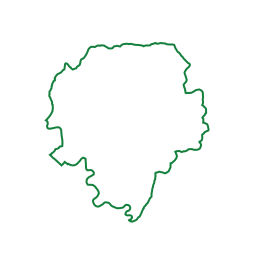 Alma, Sibiu, Romania (orthographic projection), rotated 69°
{"feature_id": "2599482B74056506613353", "entity_name": "Alma", "entity_type": "district", "adm_level": 2, "iso_a3": "ROU", "parent_name": "Romania", "parent_adm1": "Sibiu", "projection": "orthographic", "projection_center": [24.465, 46.229], "detail": "fine", "context": "isolated", "style": "outline", "palette": "green", "viewbox_px": 256, "rotation_deg": 69, "n_neighbors": 0, "source": "geoboundaries", "source_scale": "gbopen_adm2", "svg_char_len": 5783}
<svg xmlns="http://www.w3.org/2000/svg" viewBox="0 0 256 256"><g transform="rotate(69 128 128)"><path d="M100.7,201.2L101.3,197.9L101.7,194.8L102.3,193.0L102.7,192.2L103.3,191.7L104.7,191.2L105.8,191.1L112.1,192.9L114.9,193.4L118.1,194.4L121.3,195.8L121.3,196.8L120.9,197.8L120.9,198.4L121.7,199.7L122.0,200.6L122.0,202.1L121.8,203.1L121.8,203.4L121.9,203.7L122.6,204.1L123.1,204.8L123.9,206.5L124.1,207.4L124.4,208.6L124.9,208.9L124.9,209.9L125.1,210.5L127.5,209.3L128.4,209.0L129.4,208.5L129.7,208.1L139.1,203.4L138.8,202.9L138.3,201.4L137.0,199.2L140.2,197.3L140.0,196.6L141.9,194.9L143.1,193.0L143.6,191.3L143.5,189.9L143.3,188.6L141.5,184.8L140.0,182.5L139.7,181.1L139.7,180.3L141.2,178.9L141.7,178.6L142.8,179.2L143.9,179.4L149.7,181.3L150.9,181.6L152.0,181.6L152.8,181.1L153.2,180.4L153.8,178.0L154.1,177.5L155.0,176.6L156.4,176.1L157.1,175.9L158.6,176.3L159.1,176.8L159.6,179.4L159.9,182.0L160.5,183.7L161.3,184.8L162.6,185.7L164.0,186.2L165.2,186.2L166.6,185.8L167.8,182.8L168.1,182.1L168.9,181.0L169.8,180.4L171.2,179.6L173.7,179.0L174.2,178.7L175.7,178.4L177.1,178.3L178.7,178.7L180.3,180.4L181.2,181.8L181.6,183.1L182.1,185.1L182.4,185.9L183.0,186.5L183.5,186.8L185.2,187.1L186.0,187.1L187.7,186.8L189.0,186.2L189.5,185.8L190.3,184.8L190.8,183.5L190.6,181.4L190.1,178.8L189.2,176.7L189.2,176.0L189.8,174.5L190.7,173.3L191.2,172.7L191.6,172.4L194.5,171.4L195.8,170.4L196.4,169.7L198.2,167.9L199.2,166.5L199.9,164.1L200.3,162.3L200.4,161.4L200.2,160.4L199.2,158.3L199.0,157.7L199.1,157.1L199.9,155.6L200.8,154.8L201.6,154.4L203.3,154.5L203.9,154.8L204.6,155.4L205.1,156.1L205.4,156.9L205.3,158.5L205.5,159.4L207.0,161.0L207.8,161.3L208.0,161.3L208.6,160.8L209.4,159.9L210.0,157.7L210.4,157.1L211.2,156.3L211.8,156.1L212.7,156.2L213.0,156.3L213.6,156.9L214.2,157.8L214.4,160.1L214.6,160.1L214.9,159.7L215.3,159.4L215.9,159.3L216.2,158.3L216.8,157.9L216.9,157.7L217.0,157.5L216.9,154.0L216.7,153.3L216.5,152.5L215.3,150.7L215.0,149.9L215.0,149.1L214.8,148.9L214.1,148.0L213.6,147.4L212.9,146.9L212.2,145.9L211.0,145.0L210.1,143.9L209.2,143.2L208.8,142.7L208.7,142.1L208.0,141.8L207.5,141.3L206.6,139.2L206.0,138.8L205.2,136.7L204.3,135.6L203.5,134.9L203.2,134.4L201.9,133.2L201.3,132.4L201.1,131.9L200.8,130.9L200.4,130.6L197.8,129.6L195.1,127.9L193.6,127.2L192.1,125.9L190.5,125.0L188.1,122.8L186.7,122.3L185.5,120.9L184.4,120.6L183.5,119.9L182.4,119.4L180.5,118.9L179.8,118.4L179.7,118.0L179.9,117.2L180.0,115.0L180.1,114.2L181.4,112.5L182.0,111.4L183.3,110.1L183.6,109.5L183.6,108.6L183.6,108.0L183.2,107.2L183.1,105.8L182.6,105.1L179.9,102.4L176.2,100.9L176.3,99.4L175.4,97.0L174.9,95.8L173.4,93.6L172.2,92.7L171.6,92.3L167.1,92.3L167.1,91.0L167.3,90.6L167.3,90.0L167.5,89.5L167.8,88.7L167.9,88.2L168.1,87.9L168.8,87.5L169.2,87.0L169.6,86.5L169.7,86.3L169.7,84.2L170.1,83.6L170.2,82.2L170.1,80.6L169.7,79.8L169.6,79.3L169.7,78.4L170.7,75.7L171.8,74.5L172.2,73.9L173.2,70.8L173.1,69.1L172.9,68.4L172.7,68.0L171.3,66.7L170.4,66.1L169.3,65.8L168.4,65.8L167.2,66.3L166.4,66.2L166.2,64.3L165.8,63.6L165.1,62.9L163.7,62.1L161.3,61.4L160.8,61.1L160.2,59.0L159.4,58.1L159.2,55.9L159.2,54.5L159.0,53.8L158.9,53.7L158.2,53.3L157.2,53.1L154.6,52.7L153.1,52.7L152.6,52.9L152.3,53.3L150.7,54.7L150.3,55.2L150.0,55.9L148.1,55.0L146.4,54.4L145.7,54.8L144.8,54.7L144.5,54.1L143.7,52.6L143.5,51.8L143.3,51.5L142.2,50.6L142.0,50.3L142.0,49.7L141.8,49.6L138.4,48.4L137.6,48.4L136.9,48.6L134.3,49.8L133.2,50.5L132.1,49.4L131.5,49.0L129.8,48.4L128.2,48.1L126.3,46.9L124.1,46.3L123.2,45.9L122.7,45.8L122.0,45.5L121.1,45.5L120.0,45.7L119.4,46.0L117.8,47.4L117.5,47.8L117.3,48.8L117.0,51.0L117.1,51.7L117.7,54.5L117.8,56.3L117.5,57.2L117.4,58.3L116.7,59.3L116.5,60.6L116.1,61.3L115.8,61.6L112.4,60.9L108.5,60.8L107.5,60.5L107.2,60.2L106.0,57.9L105.5,57.1L104.5,56.2L103.9,55.9L101.5,55.7L100.6,55.7L98.6,55.5L97.4,55.6L96.4,55.3L94.9,53.7L94.2,52.7L93.6,51.7L93.0,49.7L92.3,48.5L91.5,47.8L90.9,47.5L90.0,47.6L88.7,48.7L85.9,50.0L85.2,50.2L83.3,51.1L82.0,51.3L79.3,52.5L77.4,52.8L75.6,53.6L75.0,54.1L74.7,54.3L70.7,55.1L66.9,55.1L65.6,57.2L65.6,57.7L64.2,60.9L63.6,61.9L62.3,63.1L61.7,64.5L60.5,66.8L60.3,67.7L60.2,69.0L59.6,71.0L59.4,71.2L59.0,71.4L58.4,72.0L58.5,74.5L58.1,75.9L58.3,76.7L58.7,77.6L58.7,78.1L57.3,81.9L57.2,84.3L56.5,84.6L56.0,85.6L55.4,86.2L54.9,87.4L54.0,89.0L53.7,89.8L52.7,92.0L52.0,92.8L51.7,93.2L51.3,94.0L50.4,95.2L50.0,97.1L48.8,99.2L48.5,100.3L48.1,102.1L48.1,104.0L48.2,104.4L48.8,105.3L49.1,106.2L48.9,106.5L47.7,108.1L47.4,108.6L47.3,109.1L47.2,110.1L46.8,111.8L47.9,113.9L47.9,114.6L46.8,117.4L46.5,117.8L44.8,118.8L44.1,119.6L42.3,120.9L41.9,122.1L41.4,122.9L41.2,123.7L41.2,124.8L40.7,125.3L40.3,126.1L40.2,127.2L40.3,128.4L40.5,129.4L40.4,129.9L40.4,130.3L39.7,131.3L39.4,132.4L39.0,133.3L39.1,134.0L39.4,134.9L40.0,136.2L40.4,136.7L43.5,139.6L45.4,142.0L46.2,143.2L46.9,144.3L47.0,144.7L47.1,146.4L47.2,146.9L47.6,147.5L48.4,148.3L50.0,149.1L51.7,150.4L51.9,150.9L52.5,153.3L52.7,153.7L53.7,155.1L53.6,156.0L53.6,158.6L52.0,159.6L51.0,159.8L50.4,160.4L49.9,160.7L48.0,161.1L47.1,161.5L46.4,161.6L45.3,162.9L45.3,163.0L45.6,163.6L46.1,164.0L49.6,165.9L50.5,166.5L50.6,167.2L50.7,168.0L51.4,169.2L52.2,170.8L52.5,174.5L52.8,175.1L53.4,176.3L54.7,178.0L55.4,178.6L55.5,178.5L55.8,178.8L56.7,178.9L57.2,179.1L57.4,179.3L57.4,180.3L57.5,180.6L58.9,182.0L59.4,182.7L60.0,183.2L60.9,183.5L61.4,184.1L61.9,184.5L63.4,185.1L64.1,186.0L64.9,186.7L65.7,188.0L66.0,188.3L66.8,188.7L68.1,188.9L68.5,189.4L70.0,190.0L70.6,190.0L71.5,189.7L73.7,189.8L74.6,189.7L75.4,189.6L76.7,189.6L78.4,190.3L79.7,190.0L80.3,190.4L82.3,190.9L84.2,192.0L84.9,192.2L85.9,193.2L87.1,194.5L88.5,196.3L90.8,200.4L91.4,201.9L92.7,201.1L93.5,200.9L93.8,201.0L95.4,201.4L96.6,202.5L97.3,202.9L97.8,203.1L99.2,203.1L100.0,202.5L100.7,201.2Z" fill="none" stroke="#15803d" stroke-width="2"/></g></svg>